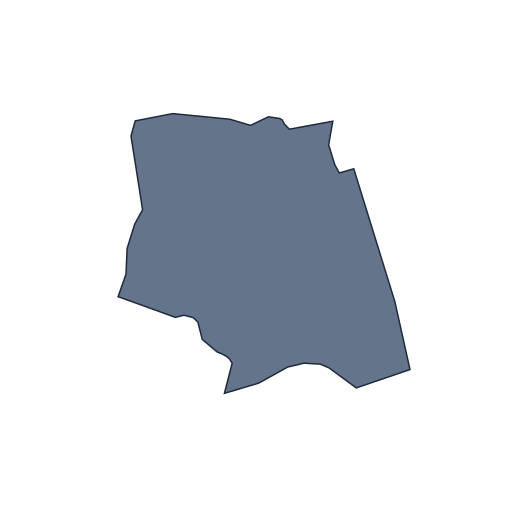 the border of Slovenj Gradec, rotated 237°
{"feature_id": "SVN-991", "entity_name": "Slovenj Gradec", "entity_type": "Statistical Region", "adm_level": 1, "iso_a3": "SVN", "parent_name": "Slovenia", "parent_adm1": "", "projection": "robinson", "projection_center": [15.077, 46.496], "detail": "fine", "context": "isolated", "style": "filled", "palette": "slate", "viewbox_px": 512, "rotation_deg": 237, "n_neighbors": 0, "source": "natural_earth", "source_scale": "10m", "svg_char_len": 648}
<svg xmlns="http://www.w3.org/2000/svg" viewBox="0 0 512 512"><g transform="rotate(237 256 256)"><path d="M90.8,268.2L122.4,256.3L130.3,251.0L140.0,237.8L145.6,222.1L147.9,189.2L158.0,154.7L179.1,177.6L184.4,177.7L187.7,176.7L192.5,174.1L196.5,171.2L215.3,165.5L232.4,171.3L238.5,169.8L245.5,163.4L248.5,154.9L297.0,118.2L311.6,137.1L332.5,152.0L348.7,171.5L356.6,186.1L424.7,216.5L435.1,228.3L420.8,263.7L385.0,308.5L368.5,322.6L366.0,342.2L358.5,350.7L355.8,352.1L351.4,351.6L344.2,353.0L327.2,393.8L309.7,377.5L289.8,371.8L280.3,371.1L275.9,385.5L142.1,347.6L76.9,323.3L90.8,268.2Z" fill="#64748b" stroke="#1e293b" stroke-width="1.5"/></g></svg>